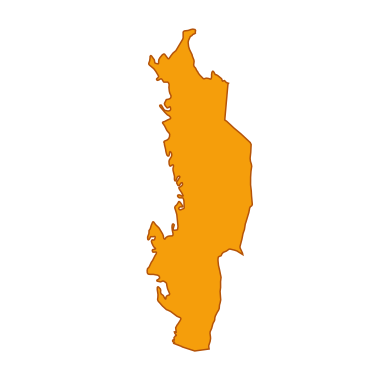 Cota, Cundinamarca, Colombia (Equal Earth projection), rotated 157°
{"feature_id": "7082276B44065985457815", "entity_name": "Cota", "entity_type": "district", "adm_level": 2, "iso_a3": "COL", "parent_name": "Colombia", "parent_adm1": "Cundinamarca", "projection": "equal_earth", "projection_center": [-74.11, 4.786], "detail": "fine", "context": "isolated", "style": "filled", "palette": "amber", "viewbox_px": 384, "rotation_deg": 157, "n_neighbors": 0, "source": "geoboundaries", "source_scale": "gbopen_adm2", "svg_char_len": 6098}
<svg xmlns="http://www.w3.org/2000/svg" viewBox="0 0 384 384"><g transform="rotate(157 192 192)"><path d="M115.9,277.8L117.6,279.3L118.1,280.8L118.6,281.9L120.5,282.1L120.7,282.6L120.5,284.1L120.6,284.9L122.8,289.1L123.7,290.3L124.7,291.0L124.8,291.7L125.0,293.8L125.4,294.9L125.9,295.1L126.9,294.4L128.1,292.5L129.1,290.1L130.3,288.7L131.0,288.7L132.2,289.9L134.1,291.1L134.7,291.3L136.7,291.5L137.3,292.0L139.0,296.2L139.7,298.7L139.8,300.5L140.2,302.0L140.3,304.6L141.0,306.6L140.9,308.2L139.1,311.3L138.7,312.7L138.6,316.7L138.3,318.5L138.6,324.0L138.3,327.2L137.1,331.2L136.0,332.9L132.8,335.8L131.1,336.0L129.6,336.7L127.5,336.7L126.8,336.9L126.6,337.7L125.6,339.3L125.6,339.7L125.8,340.4L127.6,341.6L129.5,342.0L132.4,342.2L135.9,343.2L137.1,343.1L137.8,342.4L139.9,337.4L140.8,336.3L151.6,328.4L155.2,327.3L157.9,325.8L161.0,323.8L161.5,323.8L161.9,324.1L162.2,324.8L163.3,329.4L163.7,329.9L164.4,330.1L165.9,329.8L169.0,328.2L170.8,326.8L171.7,325.3L172.5,323.5L172.9,323.2L173.4,323.3L175.5,324.9L175.7,325.7L175.1,328.1L175.1,328.7L176.1,333.0L176.5,333.6L176.8,333.7L177.6,333.2L178.4,331.5L179.8,329.2L181.5,327.4L181.8,326.6L181.6,325.5L179.0,320.4L178.2,317.2L177.5,311.9L177.7,311.2L178.6,310.6L180.3,310.0L180.6,309.6L180.6,308.9L180.4,308.5L180.0,308.2L178.8,308.1L176.5,308.4L176.0,308.1L175.6,307.3L175.2,304.7L174.9,304.1L171.4,302.6L171.0,301.6L171.0,300.4L171.2,299.5L172.4,297.3L173.5,293.7L173.8,291.7L173.7,288.7L174.4,287.5L174.9,287.0L175.9,286.6L177.2,286.6L179.5,287.1L179.8,286.9L182.7,284.4L182.9,283.9L183.0,282.9L182.8,281.5L182.0,279.1L181.2,278.9L179.1,279.2L178.9,279.0L178.9,277.7L179.5,276.2L180.4,275.6L182.3,275.8L185.0,277.7L185.4,278.3L185.7,279.6L186.3,283.9L187.3,284.5L188.0,284.1L188.1,283.6L188.0,282.8L185.9,276.0L184.5,272.6L183.5,271.4L182.9,270.2L182.7,269.2L182.7,268.4L183.4,267.9L186.1,267.9L189.8,267.6L191.2,267.8L191.9,267.5L192.1,266.9L191.4,263.6L191.1,258.6L190.7,257.0L190.0,254.9L190.0,253.8L191.0,251.8L192.6,250.2L194.6,249.6L197.6,249.6L198.0,249.4L198.4,248.8L198.2,248.6L198.9,246.1L199.6,241.8L200.2,239.5L200.6,236.8L200.6,235.5L200.1,234.5L199.3,234.3L198.2,235.3L197.2,237.2L196.6,237.7L196.4,237.7L196.0,237.3L195.7,235.7L196.0,234.3L196.4,233.5L197.2,232.6L200.5,230.2L201.2,229.2L201.9,227.3L202.2,226.2L202.2,224.9L202.0,224.4L201.5,224.2L200.0,224.6L199.1,224.6L198.7,224.2L198.7,223.6L199.1,222.7L200.3,221.1L201.0,219.3L202.0,213.3L203.2,210.6L203.4,209.6L203.2,208.8L202.6,208.6L199.6,211.5L198.6,211.8L197.4,211.5L197.2,210.9L197.5,210.3L202.0,207.2L202.6,206.3L202.4,204.0L202.3,203.4L202.0,203.2L201.5,203.0L200.8,203.1L199.2,204.3L198.2,204.7L197.4,204.4L197.5,203.2L197.9,202.4L198.8,201.8L200.2,201.4L202.3,201.2L202.5,200.9L202.5,199.3L201.8,195.6L201.6,192.0L202.7,192.0L204.2,193.8L205.1,194.5L206.3,194.6L206.8,194.1L206.9,193.6L206.8,193.0L206.3,192.0L205.8,191.5L203.0,190.3L202.7,190.0L202.6,189.4L202.8,187.4L203.1,186.4L205.4,180.4L206.1,180.0L209.5,180.0L210.3,180.5L210.7,181.4L210.7,182.0L210.5,182.3L209.5,182.8L208.4,182.9L207.0,182.1L206.6,182.1L206.4,182.4L206.2,182.8L206.3,184.4L206.9,187.2L207.6,188.3L208.1,188.3L209.3,187.3L211.1,186.1L212.9,185.5L213.8,184.7L214.1,183.9L214.4,180.4L214.8,177.2L218.3,165.9L218.7,165.1L220.0,163.1L220.8,163.0L222.0,163.3L223.5,163.8L223.8,164.3L223.9,164.9L223.7,165.5L221.2,168.6L221.3,169.1L221.7,169.9L222.5,170.0L223.5,168.8L224.3,167.1L225.1,164.5L225.8,160.7L226.7,159.5L227.5,159.4L229.9,160.3L231.4,160.6L233.2,160.4L233.9,160.2L234.8,159.4L235.3,159.3L235.7,159.4L236.1,160.3L235.5,163.1L235.5,165.1L236.3,171.1L236.5,172.1L238.2,176.1L238.9,179.1L239.2,179.6L239.5,179.8L240.1,179.6L242.5,177.3L244.8,174.5L246.6,173.3L247.9,170.6L250.3,168.1L250.8,167.1L251.2,165.8L251.1,165.3L250.8,165.0L249.6,165.3L247.5,167.0L245.2,166.0L244.0,165.8L243.5,165.4L243.5,164.8L244.1,163.9L245.2,162.8L246.3,162.8L247.0,163.4L247.4,163.5L248.2,163.0L248.7,162.3L248.9,160.6L248.8,157.8L248.5,156.1L247.7,154.4L247.8,154.0L248.4,153.9L250.7,154.3L251.3,153.9L251.5,153.5L251.6,152.5L251.5,152.0L250.9,151.6L248.7,150.9L248.4,150.5L248.4,150.0L249.1,149.1L251.1,147.7L255.1,144.3L256.9,143.2L260.1,140.3L261.0,139.6L262.9,138.8L264.0,137.2L264.7,135.1L264.6,134.0L264.2,133.4L262.9,132.6L259.8,131.3L256.2,128.9L255.3,127.8L255.1,126.6L255.5,125.4L257.0,124.8L258.7,124.6L259.0,124.2L259.0,123.7L258.6,123.3L256.0,121.5L253.8,121.5L253.3,121.3L252.4,120.4L251.4,118.7L251.2,118.1L251.3,117.1L251.7,115.8L252.3,112.4L252.3,107.2L252.7,106.5L253.1,106.2L255.4,106.3L256.4,105.9L257.2,105.1L257.8,103.9L258.1,103.8L258.3,103.9L258.6,104.6L258.9,107.9L260.1,110.1L260.2,110.8L260.1,112.0L259.2,113.8L259.0,115.1L259.9,117.6L260.3,118.0L260.8,118.0L261.3,117.6L262.1,115.8L263.4,110.8L264.6,108.3L265.6,106.7L265.8,105.6L265.7,104.3L265.3,103.4L263.7,98.5L261.5,93.7L260.5,92.8L258.3,90.3L254.4,83.5L251.9,80.9L251.7,80.4L251.7,79.9L251.9,79.4L253.0,78.4L256.4,76.1L257.8,75.3L260.1,73.4L261.3,69.1L261.6,69.2L261.8,69.9L262.9,70.1L263.0,68.4L262.5,67.1L262.5,66.2L262.8,66.0L263.3,66.2L264.0,65.7L265.3,65.1L265.6,64.7L265.9,63.1L266.2,62.7L267.1,63.3L267.9,62.8L268.1,62.2L268.1,61.7L267.7,61.0L267.1,60.9L266.9,60.4L267.9,59.7L261.7,53.7L261.6,53.3L251.6,44.6L237.6,40.8L237.1,42.8L236.5,44.2L233.7,47.4L232.2,49.8L231.6,51.4L230.7,54.8L229.9,56.3L227.2,58.8L224.2,62.7L221.5,64.9L220.9,65.7L220.2,67.2L219.0,68.7L215.7,71.5L213.8,72.8L212.5,74.1L210.8,77.3L209.4,79.0L207.7,81.5L205.0,89.5L203.0,92.9L200.7,98.4L198.6,102.1L197.0,110.0L196.3,114.1L195.1,118.0L194.4,119.9L193.4,121.6L192.7,122.0L190.0,122.0L188.6,123.4L186.8,124.2L183.4,124.2L180.3,124.9L179.4,124.7L175.6,121.9L173.7,120.2L169.7,114.5L169.4,116.0L169.6,121.7L169.1,123.1L164.4,129.2L161.3,133.8L158.4,137.0L155.4,141.8L154.2,143.1L147.8,150.8L145.1,154.8L144.1,155.6L142.2,156.1L141.3,157.1L138.7,165.2L137.1,169.6L135.3,175.7L132.3,182.7L130.3,186.7L129.4,188.4L127.0,192.3L126.5,194.4L126.2,197.5L125.3,200.4L122.4,205.6L119.0,212.6L119.1,214.8L120.7,218.4L124.2,226.3L128.4,234.5L132.4,243.5L133.7,245.5L116.8,277.2L115.9,277.8Z" fill="#f59e0b" stroke="#b45309" stroke-width="1.5"/></g></svg>